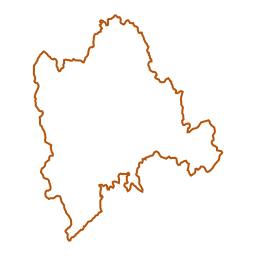 Juiz de Fora, Minas Gerais, Brazil (Equal Earth projection)
{"feature_id": "56859067B63389678931345", "entity_name": "Juiz de Fora", "entity_type": "district", "adm_level": 2, "iso_a3": "BRA", "parent_name": "Brazil", "parent_adm1": "Minas Gerais", "projection": "equal_earth", "projection_center": [-43.444, -21.76], "detail": "fine", "context": "isolated", "style": "outline", "palette": "amber", "viewbox_px": 256, "rotation_deg": 0, "n_neighbors": 0, "source": "geoboundaries", "source_scale": "gbopen_adm2", "svg_char_len": 5738}
<svg xmlns="http://www.w3.org/2000/svg" viewBox="0 0 256 256"><path d="M142.3,191.7L142.6,189.5L140.5,185.6L139.3,183.9L139.3,182.0L139.4,180.5L138.9,177.1L137.0,175.6L136.1,174.5L136.6,173.3L137.5,168.3L138.9,167.2L139.3,165.7L138.9,164.5L139.3,163.1L140.2,162.5L142.2,162.8L142.7,161.2L142.6,159.2L144.1,158.7L145.5,159.4L145.7,157.6L146.9,157.5L151.0,155.7L152.4,155.6L153.4,154.4L154.0,153.0L155.2,151.8L156.4,151.4L157.6,152.0L158.8,153.2L159.7,155.0L161.1,156.9L166.3,158.7L167.7,157.5L169.2,156.6L170.1,157.9L171.3,158.2L172.5,157.9L173.8,158.1L174.9,157.7L176.3,158.6L176.8,160.7L176.7,162.5L178.3,165.0L179.8,164.8L180.8,162.9L182.3,162.3L183.6,161.4L184.8,160.9L186.0,160.7L186.7,162.1L187.6,163.1L188.8,163.7L188.2,167.9L187.6,170.1L188.7,171.0L189.2,173.0L189.9,174.3L190.9,175.6L194.0,173.6L195.1,172.4L195.5,168.8L196.9,168.7L197.9,169.8L199.2,169.0L200.2,167.8L200.8,166.7L202.3,166.5L203.8,167.0L204.9,168.3L206.2,171.2L207.7,172.0L209.9,170.8L212.5,168.2L214.3,165.1L218.9,159.8L219.3,158.3L219.4,156.4L220.1,155.0L221.4,153.8L222.2,152.5L221.5,151.3L220.2,150.9L217.1,150.4L216.9,148.9L217.1,147.6L214.5,145.7L213.1,145.3L212.1,143.9L211.7,142.4L212.2,140.8L213.5,140.2L213.6,138.6L213.2,137.0L212.9,135.2L214.1,133.6L214.8,132.2L214.8,130.6L214.4,127.9L213.5,126.8L211.4,125.2L209.8,123.2L209.6,121.6L208.5,120.3L201.1,122.4L199.4,124.9L198.7,126.1L197.7,127.2L196.3,128.1L193.1,128.8L191.8,129.7L189.0,132.2L187.5,132.3L188.0,128.4L189.0,127.9L189.8,126.7L189.7,124.5L188.8,123.5L186.1,123.8L184.6,125.0L183.4,125.0L182.7,124.0L182.2,122.4L182.3,120.5L183.6,119.3L183.3,117.4L183.3,115.2L182.3,113.6L182.3,111.7L182.5,109.7L182.9,107.5L181.2,104.4L181.3,102.7L180.9,99.0L181.6,95.6L182.7,91.9L181.0,91.1L179.6,91.7L178.6,92.5L177.2,93.2L175.8,92.8L176.1,91.0L175.4,89.6L173.8,89.1L172.8,87.5L172.4,85.3L171.2,83.0L171.2,81.5L170.0,80.8L169.4,79.6L168.3,78.2L165.9,79.4L164.9,81.2L163.7,82.2L162.1,82.3L160.2,81.9L158.8,79.4L157.1,79.0L155.8,78.2L155.1,77.3L155.7,76.0L156.7,75.1L156.2,73.4L155.2,72.3L154.1,71.8L153.0,72.0L151.0,70.9L149.8,69.7L149.5,67.8L148.3,65.0L148.6,62.9L149.8,61.5L151.5,61.4L151.3,59.5L149.9,57.9L149.7,55.9L148.9,54.8L148.9,53.0L147.9,52.6L147.1,50.4L148.5,46.9L147.3,45.5L146.7,43.6L145.6,42.6L144.0,39.3L143.5,37.0L142.5,35.5L141.8,32.6L140.7,32.6L139.6,33.1L138.6,32.5L138.2,30.9L137.7,29.7L137.8,27.8L136.4,26.5L134.9,26.3L133.6,25.0L133.2,23.1L131.6,23.2L130.0,23.0L129.3,21.7L127.9,20.2L126.3,21.0L124.0,24.5L122.4,24.0L121.0,23.1L120.4,22.0L120.8,20.3L120.4,18.4L119.5,17.2L118.2,17.5L116.8,16.6L116.1,15.4L115.1,15.4L114.1,16.2L113.4,17.4L112.4,17.8L111.2,18.9L109.8,19.0L108.7,18.9L107.8,19.9L108.1,22.0L108.1,23.7L107.7,25.2L106.4,25.3L105.7,23.3L104.9,22.2L103.7,21.9L102.9,20.8L101.2,20.2L100.0,21.3L100.6,22.5L101.7,22.9L100.9,24.2L99.8,25.0L102.0,28.5L100.6,29.7L100.8,31.6L98.3,32.5L97.4,33.8L95.9,33.8L94.6,34.5L93.8,37.7L93.7,40.3L93.2,42.5L93.7,44.2L93.6,46.4L92.5,47.3L91.4,47.1L90.2,47.5L89.1,48.9L88.6,50.6L88.1,54.2L87.6,55.5L86.6,56.7L85.5,57.6L85.1,59.1L83.7,62.4L82.5,62.1L81.7,61.2L80.4,60.5L75.7,60.4L73.5,59.0L72.4,60.5L70.7,60.8L69.0,60.1L67.5,60.0L66.4,59.6L64.2,59.9L64.0,61.2L64.2,63.1L63.3,64.7L63.6,67.1L62.7,68.2L61.6,68.3L60.7,69.7L60.2,71.0L59.1,71.3L57.9,69.7L57.5,67.5L56.6,66.2L56.6,64.4L56.8,63.0L56.8,61.2L55.7,59.4L54.4,58.7L53.4,59.4L51.9,59.0L50.7,58.2L50.2,57.1L48.7,56.2L46.9,53.9L44.6,52.0L43.4,51.5L41.1,54.2L40.0,55.1L39.4,56.5L37.8,58.5L37.6,60.0L36.1,62.8L33.9,65.7L33.9,71.4L33.8,74.1L34.6,76.0L35.2,78.2L35.0,79.9L34.3,81.3L35.4,82.8L37.0,82.9L37.9,84.0L38.6,85.6L38.3,87.7L36.9,90.6L35.3,94.1L34.7,97.3L35.9,98.8L35.3,100.3L35.8,103.6L35.7,105.8L36.7,107.0L39.3,110.8L41.2,111.4L42.4,111.4L42.9,113.1L42.2,115.0L41.2,116.3L39.9,116.8L39.7,118.1L40.1,119.4L40.0,123.3L40.3,125.1L41.7,126.4L43.1,129.8L44.0,130.8L44.4,132.0L44.9,133.7L45.6,137.8L44.9,140.0L45.5,142.0L49.1,143.9L51.3,145.3L50.8,146.8L50.9,148.7L51.3,150.0L51.7,152.0L52.8,153.4L52.8,155.5L51.5,155.6L50.1,156.1L49.2,157.5L49.2,159.9L47.6,160.9L45.3,162.9L45.1,165.2L44.5,166.6L43.4,167.6L41.8,168.5L40.9,172.2L43.0,175.2L43.7,177.8L45.5,178.6L47.0,178.9L48.2,179.6L49.0,180.8L49.2,182.5L49.9,184.2L50.3,186.0L50.6,187.5L50.4,189.4L49.1,190.3L48.1,190.7L46.7,190.6L45.6,191.9L45.3,194.2L45.8,196.6L49.0,199.0L50.4,198.2L53.6,198.3L55.8,196.6L57.3,195.8L60.1,196.5L60.8,198.4L61.2,200.6L62.0,202.5L64.0,205.2L64.3,208.2L65.0,209.7L65.8,211.1L66.2,212.9L68.7,215.8L70.9,219.6L71.3,224.5L69.5,227.5L68.4,227.6L67.5,229.0L66.4,229.6L65.4,231.1L66.3,232.8L67.4,233.5L67.8,235.0L67.4,236.9L67.7,238.4L68.3,239.6L69.0,240.6L70.4,240.4L70.8,238.6L72.2,237.2L73.6,237.1L74.6,235.7L75.6,235.3L76.1,234.1L78.0,232.8L78.7,231.8L79.7,231.0L80.7,229.8L81.8,229.9L83.0,229.3L84.0,226.3L85.1,226.3L88.2,221.8L89.3,221.4L90.5,221.3L91.6,220.5L92.8,218.6L94.4,217.5L95.2,216.2L96.1,215.3L97.5,215.1L98.9,212.6L100.5,212.1L101.7,211.3L100.9,209.7L100.4,207.7L100.3,200.7L102.6,197.1L101.7,195.6L100.6,196.3L100.2,194.0L100.4,191.6L101.2,187.4L99.8,186.4L99.2,185.3L100.3,184.8L101.6,184.7L103.7,186.2L104.6,185.4L106.0,184.9L107.2,186.4L107.2,187.8L107.5,189.4L109.0,189.6L109.1,188.2L109.9,187.1L110.9,186.4L111.8,187.2L113.1,187.8L113.9,186.1L112.8,183.5L112.7,182.0L114.2,181.4L115.5,181.6L118.9,183.0L119.1,181.0L119.1,178.5L118.3,176.4L119.2,174.4L120.9,173.5L122.4,174.2L123.9,173.8L125.4,174.1L126.9,173.7L128.2,172.8L129.2,173.6L129.1,175.0L127.7,175.4L126.7,176.7L126.9,180.8L127.7,182.5L126.6,183.3L125.2,183.3L124.3,185.1L124.5,186.4L127.0,188.4L127.2,190.1L127.9,191.2L128.9,190.5L129.8,189.4L130.5,187.7L130.6,185.7L131.6,183.4L133.0,183.9L133.7,185.1L134.5,185.8L135.7,186.4L136.4,187.6L138.8,189.7L140.5,190.8L142.3,191.7Z" fill="none" stroke="#b45309" stroke-width="2"/></svg>